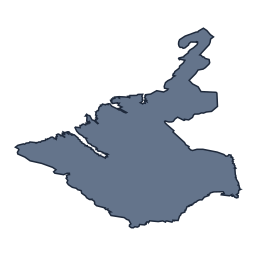 the district of Osterøy nor, Hordaland, Norway
{"feature_id": "86288312B51144520840876", "entity_name": "Osterøy nor", "entity_type": "district", "adm_level": 2, "iso_a3": "NOR", "parent_name": "Norway", "parent_adm1": "Hordaland", "projection": "equal_earth", "projection_center": [5.572, 60.569], "detail": "fine", "context": "isolated", "style": "filled", "palette": "slate", "viewbox_px": 256, "rotation_deg": 0, "n_neighbors": 0, "source": "geoboundaries", "source_scale": "gbopen_adm2", "svg_char_len": 5842}
<svg xmlns="http://www.w3.org/2000/svg" viewBox="0 0 256 256"><path d="M213.5,36.9L210.3,34.6L206.8,30.5L203.4,28.2L198.4,31.1L198.0,31.9L196.0,32.1L185.1,36.1L179.6,39.7L178.7,41.9L178.5,44.1L179.0,46.0L180.1,47.4L182.2,47.4L183.1,48.3L184.9,47.9L188.5,45.0L189.0,43.6L190.9,42.0L195.9,42.1L196.4,41.6L197.2,41.8L196.7,42.4L197.7,42.9L197.2,44.5L193.5,47.8L189.8,50.1L188.3,51.9L188.4,52.7L184.1,56.0L183.8,56.8L178.9,58.0L178.6,58.5L179.4,59.7L180.5,59.3L184.9,60.3L183.3,63.0L179.6,66.1L179.3,68.1L174.9,71.5L174.3,73.1L173.4,73.5L172.8,75.2L174.9,75.9L173.0,76.9L171.6,78.8L167.8,80.7L165.5,82.6L164.2,86.4L164.5,88.2L168.1,89.0L167.2,90.2L163.6,92.0L156.7,90.7L150.6,94.1L145.5,94.7L145.1,95.6L145.7,95.6L144.6,97.8L145.7,98.6L145.2,99.6L146.7,100.4L146.3,100.8L146.7,101.6L144.5,100.5L145.2,103.3L143.7,103.1L142.7,103.9L140.3,102.7L142.0,101.7L142.7,100.5L142.2,99.4L142.6,97.6L141.8,96.3L142.7,94.3L138.0,94.4L136.6,95.4L130.0,95.5L130.0,96.0L128.1,96.3L130.3,98.0L128.4,97.3L124.0,96.9L119.3,96.7L119.5,98.2L118.6,97.8L118.7,96.7L114.5,97.1L114.8,98.2L113.2,98.0L113.5,98.7L111.0,99.1L111.6,99.2L111.2,99.8L111.9,99.8L111.8,100.5L110.6,100.5L111.4,102.5L112.0,102.4L112.0,103.1L112.6,103.5L117.3,102.8L117.3,103.4L119.3,103.2L118.1,105.2L121.9,107.0L119.8,108.0L119.7,108.7L126.7,112.5L125.9,112.9L123.6,112.1L119.5,109.5L119.2,109.8L119.7,110.3L119.1,110.0L118.1,109.4L118.8,109.3L118.4,108.5L116.7,108.6L111.7,106.2L110.0,103.9L108.1,103.7L108.1,104.5L106.2,104.2L105.6,104.8L102.5,104.1L102.4,104.7L100.5,105.2L100.9,106.1L99.8,106.5L98.9,107.7L98.4,110.6L97.3,110.6L96.3,112.0L95.7,112.0L96.1,112.7L95.6,115.1L96.7,115.7L96.1,116.6L97.1,118.1L96.2,118.0L96.9,119.1L95.5,119.3L95.9,120.4L95.1,120.6L98.1,123.4L97.7,123.7L94.1,120.5L92.0,119.8L89.8,115.7L87.6,115.1L86.7,114.2L86.1,114.9L86.7,114.9L86.6,115.6L86.0,116.0L86.6,116.0L87.0,117.1L86.7,121.1L88.9,121.9L89.4,121.5L89.9,122.6L89.0,122.6L89.0,123.3L88.0,123.0L88.2,122.6L86.1,123.1L86.7,123.7L86.1,123.6L85.7,124.9L83.3,124.0L82.0,124.5L81.6,125.4L80.0,125.5L80.2,127.7L75.5,127.1L75.0,127.6L76.7,131.1L79.0,133.7L82.5,135.8L84.0,137.4L86.4,138.2L85.7,138.5L88.1,143.0L91.2,144.5L91.6,145.4L95.7,147.2L96.6,147.9L96.1,148.6L96.7,148.7L96.4,149.2L97.0,149.2L96.7,149.6L97.3,149.6L98.0,151.1L100.3,151.3L103.0,152.4L102.7,152.8L107.3,153.8L107.8,154.2L105.5,154.2L107.2,155.2L107.2,156.0L106.2,156.3L107.1,156.8L105.6,157.2L105.4,158.1L100.6,155.7L99.4,155.6L99.7,155.3L98.8,155.4L98.2,154.2L97.3,154.3L97.3,153.8L94.9,152.6L92.9,149.7L91.9,149.6L91.7,148.7L91.0,148.9L91.1,148.0L87.1,146.4L87.2,145.7L85.3,145.7L85.5,145.3L83.7,143.8L81.7,142.9L81.8,142.1L80.3,141.4L79.9,139.9L78.2,139.0L78.1,138.0L74.4,134.9L72.9,134.5L72.8,135.0L71.6,135.0L71.6,133.9L69.4,134.2L70.1,134.0L69.8,132.8L69.2,132.8L68.9,131.8L67.4,131.8L67.9,133.6L66.1,132.3L64.5,132.6L63.0,131.9L63.1,133.5L64.7,133.7L64.7,134.3L62.6,133.7L62.8,134.1L62.2,134.1L62.0,135.1L64.5,136.6L65.0,137.6L62.3,135.7L60.5,135.7L60.0,134.7L58.1,134.0L56.5,134.8L57.1,136.3L56.1,136.5L55.9,137.6L56.5,138.0L55.7,138.5L56.3,138.5L56.2,139.4L52.6,137.1L51.0,137.2L48.7,138.7L47.8,138.7L47.4,139.4L45.6,139.2L45.5,140.4L41.5,141.1L40.4,142.2L39.0,141.9L36.7,142.9L35.6,142.2L36.5,143.3L34.8,142.5L29.8,142.0L29.1,142.8L26.1,143.1L24.6,144.2L23.4,143.9L17.9,145.3L15.4,147.2L18.4,148.8L18.9,149.7L17.4,152.3L17.8,154.0L24.9,157.1L30.1,160.8L41.7,163.4L52.7,167.4L56.0,169.7L53.6,171.8L54.8,173.2L63.6,174.7L67.0,173.3L69.4,173.3L69.5,174.6L68.4,174.6L66.5,175.7L67.1,177.6L66.1,178.2L67.8,180.3L66.9,182.6L68.4,184.7L72.3,187.3L76.3,188.3L77.7,189.7L81.1,190.6L81.7,193.2L85.6,196.0L86.6,197.7L89.3,199.4L91.2,199.3L90.9,199.6L92.1,199.7L94.1,201.1L94.6,202.1L94.6,203.9L96.5,205.7L105.0,207.9L104.6,208.3L105.8,209.5L107.8,209.1L107.6,210.0L110.8,211.9L108.9,212.2L111.0,215.5L124.3,217.6L126.5,219.3L128.9,220.2L130.9,223.9L129.5,225.0L129.4,226.3L131.3,227.7L133.3,227.8L134.8,226.7L137.3,227.1L138.9,226.4L139.6,224.5L144.6,224.9L146.1,224.2L146.3,223.5L145.6,223.5L146.7,222.0L147.9,221.9L148.2,222.4L148.3,221.9L149.2,221.9L149.6,220.8L158.3,221.6L162.7,220.9L165.5,222.1L166.1,221.0L167.1,221.0L172.0,222.1L173.1,220.6L173.7,220.7L173.4,220.3L178.1,220.5L179.5,216.2L180.8,214.8L181.2,213.4L184.9,212.0L185.0,210.3L185.7,210.3L187.0,206.7L189.0,206.4L189.1,205.8L190.4,205.5L189.7,205.3L193.3,203.9L194.5,202.5L195.9,202.2L197.6,200.7L199.8,199.8L202.0,199.9L204.4,197.1L208.9,195.5L208.9,195.0L207.9,195.1L208.3,195.0L208.0,194.6L209.6,194.1L210.3,192.9L213.8,191.9L222.3,191.7L223.4,191.9L224.2,193.5L221.5,193.8L221.2,194.8L229.5,195.8L231.8,194.6L231.6,195.7L232.0,196.2L232.6,196.3L233.3,195.4L234.8,197.2L236.6,197.9L238.0,197.5L238.2,195.7L236.5,194.6L238.5,193.1L238.7,190.4L240.6,189.4L239.7,189.2L239.8,188.4L240.4,188.3L239.5,188.1L239.0,185.3L238.1,185.1L238.7,184.0L238.4,182.7L236.2,179.0L236.1,177.4L235.5,177.4L235.8,175.7L235.3,174.4L234.9,169.0L235.7,168.4L234.9,168.1L235.6,167.9L234.8,167.1L234.9,165.7L234.2,165.1L234.3,164.0L232.7,163.3L233.3,161.8L232.3,161.1L233.3,159.8L232.7,159.8L232.8,158.0L231.6,157.4L232.2,157.2L230.9,156.1L231.1,155.2L228.9,154.7L227.8,156.0L225.9,156.2L223.9,154.5L217.2,152.1L203.0,149.3L196.9,149.3L192.6,150.5L190.6,149.9L188.5,147.8L189.0,146.6L185.7,144.7L184.5,142.5L173.0,132.0L173.9,130.7L166.7,124.5L165.0,122.7L164.6,121.4L165.2,121.0L168.8,122.0L171.7,121.9L173.3,121.3L175.2,118.8L177.6,117.2L183.9,120.4L184.6,120.2L184.5,119.3L188.7,119.9L192.5,117.4L193.6,114.9L194.7,114.1L198.7,114.0L201.5,112.9L203.5,113.1L206.4,112.0L211.6,111.4L217.5,106.4L216.9,93.1L216.0,92.3L201.0,91.6L198.2,86.9L192.5,83.9L189.1,80.3L195.7,73.6L198.1,70.0L203.1,69.1L205.4,67.6L209.0,64.1L209.7,62.7L209.1,59.5L205.3,58.5L203.7,56.9L202.5,56.9L201.3,55.4L199.7,54.9L209.1,44.7L210.1,42.3L210.6,39.1L213.5,36.9Z" fill="#64748b" stroke="#1e293b" stroke-width="1.5"/></svg>